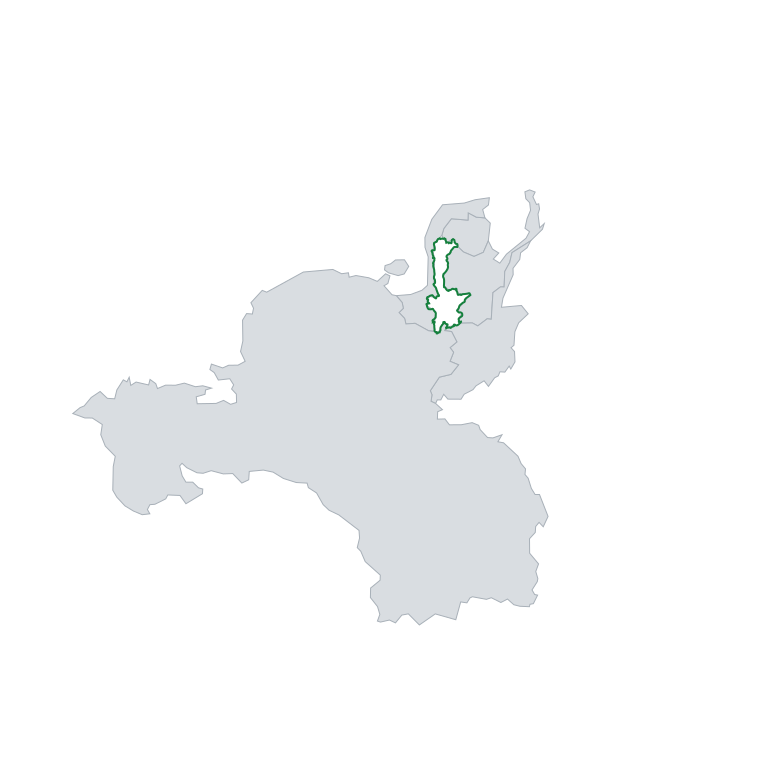 map of Laos with Cambodia, Thailand, Myanmar and 2 others greyed out, rotated 213°
{"feature_id": "LAO", "entity_name": "Laos", "entity_type": "country or territory", "adm_level": 0, "iso_a3": "LAO", "parent_name": "Asia", "parent_adm1": "", "projection": "natural_earth1", "projection_center": [103.796, 18.208], "detail": "fine", "context": "with_neighbors", "style": "outline", "palette": "green", "viewbox_px": 768, "rotation_deg": 213, "n_neighbors": 5, "source": "natural_earth", "source_scale": "50m", "svg_char_len": 9753}
<svg xmlns="http://www.w3.org/2000/svg" viewBox="0 0 768 768"><g transform="rotate(213 384 384)"><path d="M374.5,560.9L372.4,548.5L378.0,540.0L389.3,538.0L397.5,539.5L404.8,543.5L408.7,536.5L416.5,540.2L418.5,547.1L417.5,559.3L402.8,567.2L406.6,573.4L397.4,574.2L389.8,578.3L382.5,576.8L374.5,560.9Z" fill="#d9dde1" stroke="#a8b0b8" stroke-width="1"/><path d="M397.5,539.5L389.3,538.0L378.0,540.0L372.4,548.5L374.5,560.9L366.6,556.2L359.1,556.4L360.4,548.3L352.7,548.4L352.0,559.6L344.3,583.6L344.9,591.0L350.6,591.4L354.1,600.7L355.7,609.5L360.6,615.4L365.9,616.6L370.5,621.9L367.6,626.1L361.8,627.3L361.1,622.1L353.9,617.6L352.4,619.4L348.9,615.5L347.4,610.4L338.5,599.8L337.0,605.8L335.4,600.1L339.0,583.9L348.2,563.9L344.8,554.5L344.0,544.1L336.1,530.8L339.2,528.9L342.4,520.0L329.3,496.7L333.0,494.9L337.0,483.8L343.2,483.3L353.2,476.5L357.0,479.7L357.4,485.8L363.3,486.3L361.1,497.1L361.3,506.3L370.5,500.2L373.1,502.0L378.2,501.7L379.9,498.1L386.5,498.8L393.1,507.2L393.7,517.3L400.7,526.2L400.4,534.9L397.5,539.5Z" fill="#d9dde1" stroke="#a8b0b8" stroke-width="1"/><path d="M353.2,476.5L343.2,483.3L337.0,483.8L333.0,494.9L329.3,496.7L342.4,520.0L339.2,528.9L336.1,530.8L344.0,544.1L344.8,554.5L348.2,563.9L339.0,583.9L338.2,576.3L340.9,568.5L338.0,562.4L338.8,551.3L335.2,546.0L331.0,520.8L327.3,512.3L311.5,524.7L301.3,521.4L304.4,508.7L302.7,499.1L296.1,487.3L297.2,483.6L292.2,482.3L286.2,473.9L285.8,465.6L288.8,467.2L289.1,459.8L293.4,457.4L292.6,453.0L294.6,449.5L295.1,438.9L301.8,441.2L305.8,432.7L306.3,427.7L311.2,419.1L311.1,413.2L322.2,406.1L328.3,407.9L327.7,401.6L330.7,399.7L330.1,395.8L335.1,395.1L337.9,401.1L341.5,403.6L341.3,419.9L333.1,428.5L331.9,440.7L341.0,439.0L342.9,448.5L348.4,450.5L345.8,459.0L355.9,464.8L362.2,461.8L362.5,466.0L355.1,472.7L353.2,476.5Z" fill="#d9dde1" stroke="#a8b0b8" stroke-width="1"/><path d="M389.8,578.3L397.4,574.2L406.6,573.4L402.8,567.2L417.5,559.3L418.5,547.1L416.5,540.2L418.0,530.0L415.8,522.7L409.2,515.6L396.4,494.5L386.0,488.3L388.4,484.6L394.0,481.9L390.6,473.0L380.0,472.9L371.1,455.5L375.7,452.9L391.0,451.8L398.3,446.3L402.4,450.2L410.3,452.1L409.0,458.0L413.1,462.2L421.8,464.8L410.4,473.6L403.2,483.3L401.3,490.4L416.2,514.7L424.1,521.0L429.5,529.2L433.6,548.2L432.5,566.2L415.2,579.5L408.0,588.1L397.1,597.6L393.9,591.0L396.3,584.1L389.8,578.3Z" fill="#d9dde1" stroke="#a8b0b8" stroke-width="1"/><path d="M434.5,499.3L427.3,496.1L427.0,487.3L431.2,482.6L440.7,479.7L445.7,480.0L447.6,483.9L443.9,488.4L441.9,494.3L434.5,499.3ZM195.4,251.4L195.3,245.6L201.0,243.0L195.4,225.4L215.8,219.1L223.1,201.2L238.4,204.5L243.2,199.9L244.3,189.9L250.9,189.0L257.3,182.4L260.4,181.6L262.0,188.5L268.2,193.8L279.1,197.5L284.1,205.6L280.4,217.3L283.0,221.7L303.0,224.8L312.4,231.1L317.3,232.2L320.6,241.5L325.2,247.6L350.6,249.6L361.3,248.2L369.3,249.7L381.2,255.9L391.0,255.9L394.5,259.0L403.9,253.6L416.9,250.0L429.0,249.7L438.3,246.1L449.4,237.3L445.3,230.0L449.3,223.5L462.1,226.5L469.8,221.1L481.7,217.2L487.1,210.6L492.5,207.7L503.9,206.4L510.2,207.5L510.8,204.0L503.2,197.0L496.7,193.8L490.9,197.5L483.1,195.9L478.8,197.2L476.5,193.1L484.9,175.7L494.4,179.4L504.9,173.2L504.5,168.8L510.6,158.4L514.6,155.3L514.1,149.9L509.7,147.6L515.6,142.7L524.9,141.0L534.9,140.7L546.5,143.6L553.6,147.2L566.1,167.3L570.0,177.0L583.9,180.1L593.9,187.2L598.2,196.6L610.1,196.6L616.4,192.6L628.9,189.7L626.0,198.7L623.5,202.3L622.2,213.3L618.0,223.1L608.2,221.3L601.8,224.9L604.8,233.5L604.9,245.5L600.8,245.8L601.4,250.9L595.6,244.9L593.0,250.6L580.9,255.0L582.7,260.4L575.6,260.0L571.5,256.8L566.6,264.0L558.1,269.5L551.9,276.0L540.7,279.0L535.0,283.8L526.4,286.6L530.4,281.8L528.5,277.9L534.5,271.0L529.9,265.7L514.2,276.3L509.6,282.9L501.6,283.4L497.6,288.2L502.3,295.1L509.1,296.8L509.6,301.4L516.2,304.4L525.1,297.1L532.6,301.1L537.9,301.3L539.6,306.7L528.1,309.6L524.5,315.1L516.7,320.3L512.8,327.4L522.0,333.1L525.8,343.2L537.4,360.5L537.6,368.2L532.5,371.0L534.7,376.5L539.9,379.7L537.1,396.2L532.4,397.1L512.6,434.0L489.3,452.2L479.6,453.4L474.4,457.9L471.4,454.6L466.6,459.7L454.6,464.8L445.5,466.4L442.7,477.3L437.9,477.9L435.5,470.4L437.5,466.4L425.9,463.2L421.8,464.8L413.1,462.2L409.0,458.0L410.3,452.1L402.4,450.2L398.3,446.3L391.0,451.8L375.7,452.9L366.6,457.0L367.9,468.7L363.2,468.4L362.2,461.8L355.9,464.8L345.8,459.0L348.4,450.5L342.9,448.5L341.0,439.0L331.9,440.7L333.1,428.5L341.3,419.9L341.5,403.6L337.9,401.1L335.1,395.1L330.1,395.8L321.0,394.3L323.9,390.0L320.1,383.6L313.9,387.9L306.9,385.4L297.0,391.9L289.0,399.6L282.1,400.9L278.5,398.1L268.0,395.5L263.3,398.1L257.4,405.7L257.0,397.6L251.7,399.8L232.3,396.4L225.6,391.9L219.1,389.9L216.5,384.9L211.8,383.5L203.6,376.7L197.1,373.6L193.4,376.0L174.3,362.3L172.7,351.0L178.6,352.4L179.2,347.1L176.3,341.9L177.7,333.5L169.7,321.4L156.4,317.3L154.6,309.4L149.0,304.6L147.8,301.7L147.7,291.9L143.0,289.5L140.2,290.6L139.1,281.1L141.6,278.8L140.8,276.4L149.0,271.6L154.9,269.6L163.3,270.9L167.0,264.4L177.6,263.2L180.8,259.2L194.0,253.7L195.4,251.4Z" fill="#d9dde1" stroke="#a8b0b8" stroke-width="1"/><path d="M370.7,456.3L371.2,457.3L372.2,458.4L373.4,460.0L373.8,460.7L374.6,461.2L374.8,461.8L375.0,462.6L375.1,463.2L375.3,463.6L375.6,463.7L376.0,463.5L376.2,463.2L376.5,462.3L376.6,462.2L376.9,463.0L377.1,463.1L377.5,463.2L377.8,463.5L377.9,464.1L377.8,464.6L377.4,465.3L377.2,466.0L377.1,467.0L376.9,467.8L377.2,468.4L379.1,471.6L380.0,472.1L382.2,472.8L383.0,473.2L383.7,473.6L384.4,473.4L385.0,472.5L385.8,471.9L387.3,471.1L387.7,471.1L388.5,471.4L389.9,472.3L390.8,473.2L391.4,473.7L391.9,474.1L391.8,474.6L391.5,475.1L391.0,475.3L390.4,475.8L390.0,476.2L390.3,476.4L391.2,476.5L392.2,476.9L392.5,477.4L392.6,477.8L392.7,478.5L392.9,478.7L393.9,478.5L394.2,478.7L394.6,479.0L394.9,479.9L394.9,480.6L394.2,481.3L393.9,481.8L393.8,482.5L393.3,483.3L392.0,484.7L391.6,484.8L389.1,484.0L388.0,484.0L387.4,484.1L387.1,484.1L387.0,484.4L387.3,485.2L387.4,486.1L387.1,486.7L386.3,487.3L386.0,487.5L385.9,487.9L386.2,488.3L386.9,488.7L387.8,489.0L390.7,491.2L391.4,491.7L392.2,492.5L393.1,493.1L395.5,493.8L396.5,494.3L396.8,494.6L396.8,495.0L396.5,495.4L396.3,496.2L396.3,496.7L396.6,497.1L397.0,497.8L397.9,498.9L398.5,499.4L399.0,499.5L399.5,499.7L400.1,500.5L400.7,501.5L400.8,502.1L401.0,503.0L401.6,504.0L402.4,504.9L403.4,506.1L404.0,507.0L404.3,507.3L406.6,509.3L407.2,510.1L408.0,511.5L408.3,511.7L408.7,512.0L408.9,512.8L408.9,513.4L409.1,515.1L409.5,515.7L409.9,516.3L410.0,516.8L410.4,517.1L410.8,517.2L411.2,516.8L411.6,516.4L411.7,516.5L412.1,517.7L412.4,518.2L413.1,518.6L413.6,518.9L414.9,520.4L415.6,520.9L416.1,521.1L416.5,521.4L416.6,521.8L416.5,522.3L416.2,522.6L414.7,523.5L414.5,523.8L414.7,524.4L415.1,525.1L415.5,525.7L416.0,526.3L417.1,527.3L418.0,528.0L418.5,528.9L418.8,529.4L418.6,530.1L418.2,530.8L417.9,531.5L417.4,531.8L417.3,532.3L417.5,532.9L417.7,533.4L417.6,533.9L417.6,535.1L417.2,535.5L416.7,536.5L416.4,536.6L415.7,536.2L415.4,536.4L414.9,537.2L414.1,538.0L413.7,538.0L413.4,537.9L413.0,538.3L412.6,539.0L412.4,538.9L411.5,539.1L411.2,538.9L410.8,538.3L410.2,537.8L409.6,537.4L409.3,537.1L409.0,536.7L408.7,536.4L408.3,537.0L407.5,537.6L406.7,537.5L406.3,537.4L406.0,538.3L405.8,538.5L404.4,538.6L404.2,538.8L404.4,539.6L405.2,541.0L405.5,541.8L405.0,543.1L403.5,543.1L402.9,542.5L402.3,541.8L402.1,541.4L400.3,540.7L399.1,541.2L398.7,541.2L398.1,540.7L397.8,540.3L397.4,539.6L397.2,539.0L397.2,538.8L397.8,538.5L398.6,538.0L399.3,537.5L399.8,536.9L400.0,536.3L400.0,535.5L400.2,533.7L400.4,532.8L400.3,531.6L399.9,530.8L399.9,529.4L400.0,528.8L400.1,528.4L400.6,527.8L401.0,527.1L401.2,526.1L401.2,525.3L401.0,524.9L400.5,524.5L399.6,524.1L399.1,523.6L398.9,522.9L398.9,522.4L399.1,521.9L398.5,521.4L396.9,520.9L396.0,520.2L395.8,519.4L395.2,518.3L394.0,517.0L393.4,515.2L393.3,512.7L393.5,510.8L394.0,508.5L393.3,506.8L392.6,505.9L391.6,505.3L390.6,504.4L389.7,503.2L388.6,501.4L387.3,499.1L386.4,498.0L386.0,498.3L385.1,498.1L383.6,497.4L382.4,497.0L381.4,497.0L380.7,497.1L380.4,497.5L380.3,497.8L380.6,498.2L380.5,498.4L379.9,498.6L379.5,499.0L379.0,499.9L378.6,501.0L378.1,501.4L377.3,501.5L376.5,501.9L375.7,502.4L375.3,502.8L375.4,503.1L375.2,503.2L374.8,503.0L374.6,502.6L374.7,502.1L374.3,501.7L373.5,501.5L372.5,500.8L371.5,499.8L370.8,499.2L370.4,499.1L369.8,499.6L369.0,500.5L368.4,500.8L367.9,500.6L367.5,501.0L367.2,501.8L366.7,502.4L365.7,503.1L364.4,504.2L363.4,505.1L362.2,506.4L361.7,506.6L361.1,506.3L360.4,506.0L360.0,505.6L360.8,503.4L361.8,501.0L362.0,499.8L362.1,499.0L362.0,498.4L361.6,497.7L361.2,497.1L361.2,496.8L361.3,496.4L361.7,495.8L362.2,495.0L362.7,493.2L363.3,491.3L363.2,490.1L362.8,488.9L362.5,487.7L362.7,486.0L362.7,485.4L362.2,485.1L360.5,484.8L360.0,484.8L359.6,485.0L359.2,485.5L358.6,485.8L357.6,485.9L356.6,485.4L355.8,484.4L355.6,483.3L356.2,481.9L356.6,480.8L356.9,479.9L356.9,479.4L356.7,478.9L355.9,478.3L355.4,477.3L355.0,476.8L354.5,476.9L354.1,477.3L353.7,478.0L353.4,478.3L353.2,478.1L353.3,477.5L353.3,477.0L353.8,474.7L354.4,473.3L355.1,472.6L355.8,472.3L356.5,472.4L357.1,472.3L357.6,471.9L357.6,471.7L357.0,471.7L356.8,471.3L356.9,470.6L357.2,470.1L357.6,469.9L358.0,469.2L358.4,467.9L358.8,467.3L359.4,467.3L360.3,466.7L361.6,465.7L362.1,464.7L362.6,465.1L362.4,466.3L362.7,466.6L362.8,467.0L362.7,467.6L362.9,468.2L363.1,468.5L363.3,468.6L364.8,468.1L365.6,468.1L366.0,468.4L366.3,468.6L366.7,468.8L367.0,469.0L367.2,468.9L367.7,468.4L367.8,468.3L367.9,468.1L367.5,467.6L367.2,467.3L367.2,466.4L367.4,465.0L367.4,464.3L367.4,462.5L367.3,462.0L367.0,461.4L366.2,460.3L365.9,459.7L365.8,459.0L365.8,458.6L365.6,458.1L365.5,457.6L365.9,457.4L366.3,456.9L366.5,456.1L366.8,455.5L367.1,455.2L367.4,455.1L367.5,455.2L368.2,456.2L369.1,455.7L369.8,455.7L370.4,456.0L370.7,456.3Z" fill="none" stroke="#15803d" stroke-width="2"/></g></svg>